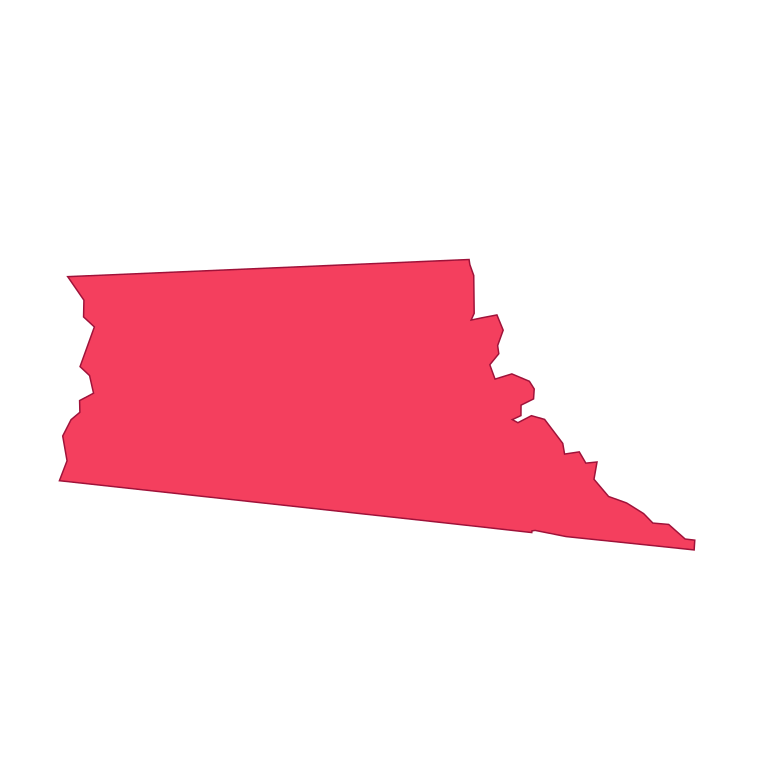 outline of Henderson, Texas, United States of America, rotated 186°
{"feature_id": "52423323B59303088288262", "entity_name": "Henderson", "entity_type": "district", "adm_level": 2, "iso_a3": "USA", "parent_name": "United States of America", "parent_adm1": "Texas", "projection": "mercator", "projection_center": [-96.032, 32.182], "detail": "fine", "context": "isolated", "style": "filled", "palette": "rose", "viewbox_px": 768, "rotation_deg": 186, "n_neighbors": 0, "source": "geoboundaries", "source_scale": "gbopen_adm2", "svg_char_len": 826}
<svg xmlns="http://www.w3.org/2000/svg" viewBox="0 0 768 768"><g transform="rotate(186 384 384)"><path d="M58.2,251.4L58.6,261.2L68.3,261.3L86.2,274.1L102.1,273.8L112.2,282.2L130.2,291.0L148.9,295.6L165.2,311.2L164.0,328.7L175.0,326.4L182.7,336.9L197.1,333.2L200.0,343.6L220.6,365.6L234.1,367.9L246.8,359.5L252.7,362.0L244.5,366.9L245.5,377.3L233.7,384.8L234.1,394.8L239.7,401.9L257.9,407.4L274.1,400.5L280.8,414.2L273.0,426.1L275.0,434.1L271.1,450.0L278.9,464.5L294.1,459.9L304.0,456.7L301.7,463.7L306.1,501.3L311.1,511.7L312.4,516.7L709.8,457.7L691.2,436.0L689.8,419.3L678.0,410.5L688.1,369.5L677.7,361.6L671.9,344.5L685.0,335.7L683.5,324.1L691.5,315.8L698.1,298.7L691.2,274.5L696.7,253.9L297.7,252.2L221.5,251.7L221.5,253.4L218.4,254.2L187.0,251.3L58.2,251.4Z" fill="#f43f5e" stroke="#9f1239" stroke-width="1.5"/></g></svg>